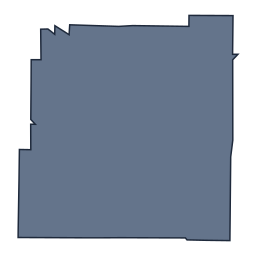 outline of Bartow, Georgia, United States of America
{"feature_id": "52423323B11929731869619", "entity_name": "Bartow", "entity_type": "district", "adm_level": 2, "iso_a3": "USA", "parent_name": "United States of America", "parent_adm1": "Georgia", "projection": "natural_earth1", "projection_center": [-84.879, 34.246], "detail": "fine", "context": "isolated", "style": "filled", "palette": "slate", "viewbox_px": 256, "rotation_deg": 0, "n_neighbors": 0, "source": "geoboundaries", "source_scale": "gbopen_adm2", "svg_char_len": 527}
<svg xmlns="http://www.w3.org/2000/svg" viewBox="0 0 256 256"><path d="M18.2,228.4L18.1,237.5L86.0,237.8L100.1,237.8L120.7,237.7L185.4,237.9L187.0,239.9L206.4,240.3L229.9,240.6L230.7,156.9L232.8,140.2L232.7,59.8L237.9,54.3L232.6,54.3L233.0,15.6L189.0,15.4L188.9,26.4L153.5,25.9L132.7,25.6L118.7,26.4L69.7,24.8L69.1,34.7L54.9,25.7L54.7,34.3L47.9,29.0L40.7,29.2L41.0,59.7L31.2,59.7L31.1,80.0L30.8,119.5L35.3,124.3L30.7,124.2L30.8,149.7L19.4,149.5L19.0,180.6L18.2,228.4Z" fill="#64748b" stroke="#1e293b" stroke-width="1.5"/></svg>